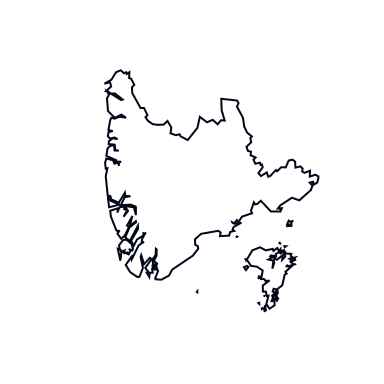 the district of Southland District, Southland, New Zealand, rotated 315°
{"feature_id": "76426892B99609638104575", "entity_name": "Southland District", "entity_type": "district", "adm_level": 2, "iso_a3": "NZL", "parent_name": "New Zealand", "parent_adm1": "Southland", "projection": "equal_earth", "projection_center": [167.626, -45.773], "detail": "fine", "context": "isolated", "style": "outline", "palette": "ink", "viewbox_px": 384, "rotation_deg": 315, "n_neighbors": 0, "source": "geoboundaries", "source_scale": "gbopen_adm2", "svg_char_len": 6128}
<svg xmlns="http://www.w3.org/2000/svg" viewBox="0 0 384 384"><g transform="rotate(315 192 192)"><path d="M206.7,53.5L211.6,56.4L209.5,60.2L202.6,59.9L203.6,60.9L204.3,65.1L207.1,67.7L208.4,77.6L206.9,76.9L203.2,60.7L202.1,64.5L198.1,65.7L189.8,75.4L189.9,85.0L196.8,87.3L197.9,92.8L193.9,87.5L189.1,85.4L187.5,82.5L185.1,83.3L176.8,89.0L179.0,92.9L175.4,90.6L172.0,93.0L171.7,96.0L175.9,98.8L176.7,102.0L174.0,98.0L169.2,97.3L166.9,99.2L170.8,103.8L167.4,108.5L169.6,111.1L166.6,107.9L170.1,103.7L166.6,101.5L163.2,101.4L157.0,105.9L160.8,115.7L159.0,116.0L163.3,120.5L161.1,119.5L158.9,121.8L160.5,118.6L157.2,117.2L158.6,113.7L155.0,107.7L151.1,110.0L147.5,114.5L149.0,115.4L142.2,119.8L130.0,134.8L131.4,137.3L129.6,139.8L132.7,147.8L144.1,145.0L142.1,147.6L145.5,151.5L140.7,148.0L132.4,151.0L139.7,157.6L141.9,162.6L140.5,164.2L136.0,168.6L140.2,161.7L134.6,154.6L133.3,160.2L126.1,161.1L133.4,159.0L131.9,156.2L133.9,154.4L129.8,151.6L124.6,153.7L128.4,151.3L120.9,147.4L117.3,152.0L111.5,165.3L111.5,166.7L112.8,167.6L112.7,168.3L109.9,168.6L108.8,174.9L113.7,175.3L122.9,172.0L122.3,169.8L133.0,166.8L123.8,172.0L131.7,172.9L131.1,173.9L122.8,172.8L112.8,176.8L113.2,182.7L129.9,177.6L127.6,180.0L114.5,183.4L112.9,188.8L119.5,186.7L127.5,188.5L128.7,185.9L128.4,188.1L130.7,187.9L123.8,189.8L120.6,192.1L122.0,192.5L121.9,193.1L116.5,192.0L101.8,197.0L103.5,195.0L93.6,196.7L91.6,205.0L93.3,213.6L94.9,214.8L103.6,211.0L109.6,201.8L111.4,200.8L107.2,209.1L115.7,208.7L116.0,210.8L105.3,212.6L104.6,218.6L102.9,217.0L101.7,221.9L104.9,219.2L107.1,221.3L109.1,218.5L110.1,219.6L109.9,218.4L112.8,215.4L110.8,218.8L112.1,220.7L113.8,217.2L113.7,219.1L115.6,218.4L113.5,215.5L116.2,211.7L121.6,210.9L126.3,206.6L126.4,207.6L121.9,212.0L116.2,213.8L116.7,217.9L113.6,219.6L113.4,222.0L112.8,220.2L112.2,223.9L105.3,226.8L105.6,227.1L105.2,227.7L104.6,227.9L104.6,228.1L108.4,232.4L116.7,234.8L123.3,232.9L147.5,237.6L156.3,236.5L157.8,234.4L157.0,231.5L160.6,227.6L168.8,228.0L183.1,238.0L183.6,240.9L180.6,243.0L187.4,249.1L190.7,247.2L194.4,249.4L194.2,247.2L196.6,246.2L205.3,248.6L199.8,244.7L198.9,243.2L198.9,242.3L199.1,241.8L199.9,244.0L203.9,243.6L203.5,246.0L210.0,244.8L219.4,249.5L220.5,246.9L228.4,243.1L227.8,245.2L229.7,246.6L234.5,246.9L234.0,261.5L240.7,268.3L244.2,267.0L242.3,267.6L242.2,267.0L243.1,267.2L244.0,266.9L241.1,264.4L245.0,263.9L258.6,266.7L262.0,273.8L277.4,274.7L282.8,272.1L281.7,271.9L281.9,268.6L284.8,270.4L282.9,272.8L287.1,273.9L290.8,271.9L292.4,270.3L291.4,267.0L286.2,264.4L290.5,260.4L285.1,258.0L284.4,255.4L286.8,253.7L286.7,250.5L282.4,247.9L286.4,243.4L285.9,240.2L282.6,238.1L275.7,240.9L272.7,237.6L266.9,237.5L266.9,235.8L258.7,236.0L256.7,235.1L258.7,231.0L252.1,229.5L252.3,225.6L259.5,224.5L260.9,221.9L259.6,221.3L260.8,219.3L256.8,216.8L258.3,212.6L261.4,212.6L259.4,207.5L262.2,205.2L260.6,202.5L262.4,198.6L269.1,198.7L271.3,195.1L273.6,195.1L273.0,188.9L275.2,182.6L280.6,175.4L284.1,163.5L287.8,162.0L288.5,159.1L278.6,146.8L270.8,155.1L265.6,164.6L263.3,161.8L258.0,162.2L257.7,155.6L251.9,153.3L250.7,144.4L241.1,150.5L225.7,152.2L223.3,144.6L224.1,142.4L220.7,140.4L218.3,135.3L223.0,131.8L224.9,124.4L219.6,124.3L215.3,120.3L212.2,116.3L211.2,110.6L212.0,106.2L214.8,106.2L217.5,98.6L215.0,96.3L219.7,79.8L223.6,75.5L227.0,75.4L229.1,68.8L228.1,67.0L232.4,63.0L229.3,62.4L230.2,60.8L227.9,60.0L227.7,55.6L223.1,53.6L214.3,55.6L206.7,53.5ZM193.4,275.9L182.9,278.6L181.5,286.0L185.1,290.7L186.5,297.5L179.3,302.4L181.5,304.7L180.9,307.5L181.8,307.3L182.2,307.8L182.5,308.5L182.4,308.8L183.3,308.7L183.5,308.9L183.5,309.2L175.9,308.2L171.7,312.6L173.8,314.7L171.3,318.5L172.8,319.4L165.2,323.9L164.3,329.4L170.3,330.5L174.1,326.5L175.7,326.8L175.2,328.9L177.7,328.2L178.1,324.4L175.9,326.5L175.0,325.6L172.2,326.4L171.2,325.4L177.2,322.9L174.3,322.1L179.7,322.0L178.7,319.4L181.3,318.1L183.0,320.9L189.9,321.8L199.0,316.0L201.2,316.6L201.6,314.5L211.9,315.1L207.5,312.9L207.6,312.4L206.9,312.0L207.1,311.7L206.5,311.6L206.4,311.3L207.3,311.3L207.2,312.0L207.8,312.3L207.7,312.9L212.7,315.1L212.3,311.5L217.9,313.2L213.1,310.5L214.8,309.7L214.6,308.7L214.0,308.6L213.8,308.2L214.7,308.5L216.1,310.2L217.2,310.4L216.6,307.0L218.5,305.9L215.0,302.1L216.1,297.3L212.3,303.6L207.8,303.7L211.7,300.8L204.1,300.0L203.5,297.6L201.6,298.0L200.0,300.3L194.6,303.0L201.0,298.1L198.3,293.8L202.7,295.0L201.9,292.8L203.1,292.7L204.8,295.2L203.3,295.7L205.8,297.2L207.3,295.0L212.4,296.5L214.0,295.0L211.7,295.4L212.7,291.9L207.9,291.3L208.9,289.3L202.9,285.5L201.0,279.2L193.4,275.9ZM109.3,177.2L102.5,178.2L100.4,181.7L99.4,179.6L92.8,189.9L99.6,184.6L100.4,181.8L100.6,184.8L102.4,185.5L99.9,186.2L102.5,186.0L101.1,187.7L104.4,189.6L102.4,189.3L103.1,191.3L107.1,190.0L107.1,187.6L108.2,191.1L109.8,190.7L112.5,186.2L112.0,179.4L109.3,177.2ZM129.2,135.7L122.6,144.2L131.8,149.6L128.3,140.7L129.2,135.7ZM175.5,281.9L174.9,285.4L178.9,284.9L178.7,283.2L175.5,281.9ZM240.1,280.6L236.2,282.2L237.6,283.6L235.6,283.8L238.4,286.3L240.7,283.8L240.1,280.6ZM162.9,324.7L160.3,325.4L159.1,327.5L160.5,328.0L162.9,324.7ZM183.2,321.6L180.8,321.5L181.9,323.3L183.2,321.6ZM213.3,298.4L210.2,297.8L213.5,298.7L213.3,298.4ZM220.1,296.8L219.0,295.6L218.5,296.6L220.1,296.8ZM179.3,323.6L178.5,324.3L179.3,324.6L179.3,323.6ZM160.4,324.0L159.1,323.6L158.8,324.0L160.4,324.0ZM180.0,323.5L179.4,322.4L178.8,323.0L180.0,323.5ZM192.3,255.2L191.0,255.2L192.4,255.6L192.3,255.2ZM161.2,317.9L160.4,317.5L160.4,318.7L161.2,317.9ZM180.0,301.0L178.9,300.5L179.5,301.7L180.0,301.0ZM124.9,266.6L125.5,266.0L124.8,266.1L124.9,266.6ZM243.3,283.8L242.3,283.4L242.3,283.8L243.3,283.8ZM180.1,299.6L179.6,299.0L179.0,299.7L180.1,299.6ZM213.9,296.9L213.2,296.3L213.0,296.5L212.8,296.4L212.8,296.8L213.9,296.9ZM218.1,289.9L217.6,289.0L217.9,290.2L218.1,289.9ZM213.7,315.7L212.9,315.7L213.7,316.0L213.7,315.7ZM217.7,290.6L217.0,291.0L217.8,290.8L217.7,290.6ZM182.7,277.8L182.4,277.4L182.1,278.1L182.7,277.8ZM163.4,324.4L162.9,324.1L162.5,324.4L163.4,324.4ZM169.6,316.6L168.9,316.9L169.7,316.7L169.6,316.6ZM218.0,310.9L217.6,311.2L218.5,311.2L218.0,310.9Z" fill="none" stroke="#020617" stroke-width="2"/></g></svg>